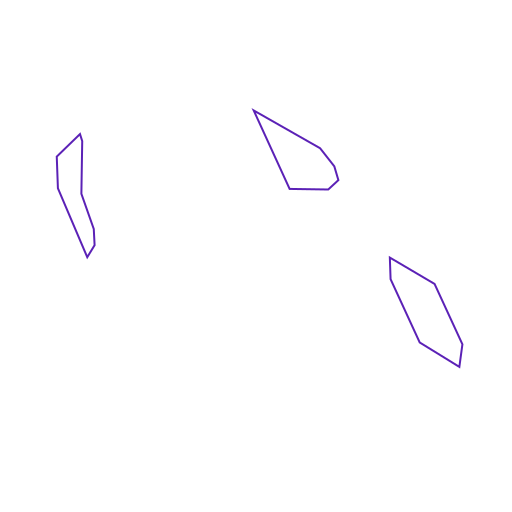 map outline of British Virgin Islands (orthographic projection), rotated 248°
{"feature_id": "VGB", "entity_name": "British Virgin Islands", "entity_type": "country or territory", "adm_level": 0, "iso_a3": "VGB", "parent_name": "North America", "parent_adm1": "", "projection": "orthographic", "projection_center": [-64.441, 18.576], "detail": "fine", "context": "isolated", "style": "outline", "palette": "violet", "viewbox_px": 512, "rotation_deg": 248, "n_neighbors": 0, "source": "natural_earth", "source_scale": "50m", "svg_char_len": 440}
<svg xmlns="http://www.w3.org/2000/svg" viewBox="0 0 512 512"><g transform="rotate(248 256 256)"><path d="M163.2,411.1L96.8,414.3L77.0,403.0L114.5,375.4L184.1,372.1L204.4,379.5L163.2,411.1ZM331.9,355.8L309.8,362.2L295.5,360.8L290.6,347.9L305.6,312.3L391.8,308.4L331.9,355.8ZM422.8,108.5L435.0,138.5L427.6,137.9L379.1,117.4L341.8,115.7L326.5,110.4L318.1,99.1L393.0,97.7L422.8,108.5Z" fill="none" stroke="#5b21b6" stroke-width="2"/></g></svg>